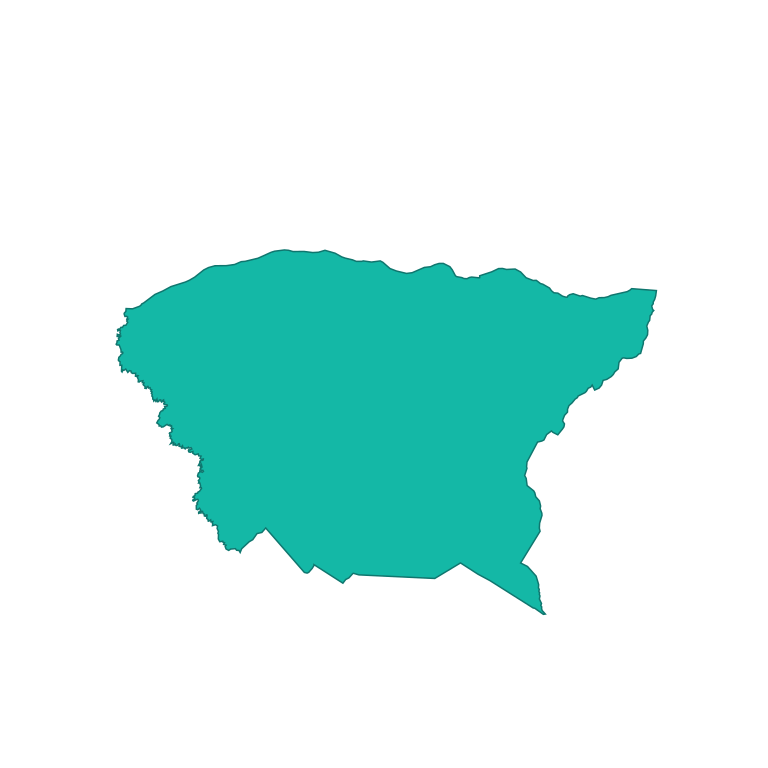 outline of Manaure, La Guajira, Colombia, rotated 32°
{"feature_id": "7082276B63219167188036", "entity_name": "Manaure", "entity_type": "district", "adm_level": 2, "iso_a3": "COL", "parent_name": "Colombia", "parent_adm1": "La Guajira", "projection": "equal_earth", "projection_center": [-72.635, 11.626], "detail": "fine", "context": "isolated", "style": "filled", "palette": "teal", "viewbox_px": 768, "rotation_deg": 32, "n_neighbors": 0, "source": "geoboundaries", "source_scale": "gbopen_adm2", "svg_char_len": 6170}
<svg xmlns="http://www.w3.org/2000/svg" viewBox="0 0 768 768"><g transform="rotate(32 384 384)"><path d="M642.7,493.6L638.2,492.3L636.8,491.1L635.8,489.4L634.3,488.7L633.9,486.7L629.7,484.0L628.6,481.1L627.2,480.1L626.5,478.5L625.4,478.0L624.4,475.8L623.1,475.2L621.5,472.2L614.8,466.3L602.4,462.7L594.7,463.4L594.4,426.2L592.1,423.9L589.7,419.5L587.6,411.7L586.3,409.9L582.5,407.0L581.5,404.5L577.7,400.8L572.4,399.2L569.6,396.4L567.6,395.3L559.2,394.3L554.6,388.7L551.8,387.1L549.9,379.7L548.8,378.7L546.6,374.4L545.0,351.9L548.1,348.7L549.3,346.7L548.7,340.7L550.9,335.1L552.9,335.5L558.3,335.0L559.2,327.8L559.3,325.0L558.2,322.2L555.2,320.8L554.6,319.6L553.7,314.9L554.5,310.6L553.0,308.1L552.3,304.3L553.5,300.3L554.1,295.5L555.2,293.1L555.0,291.3L559.0,284.9L559.5,283.0L559.4,279.4L561.0,277.0L561.1,274.6L565.9,277.5L568.6,273.4L569.1,269.6L567.9,264.8L570.5,262.0L572.8,257.2L573.4,254.4L573.3,251.5L574.6,247.1L571.8,241.1L572.3,236.0L573.4,234.8L576.3,233.7L580.6,230.7L583.4,227.0L584.1,223.6L585.4,222.1L582.6,212.5L581.2,210.1L581.7,206.4L581.4,202.6L579.2,198.6L576.1,195.6L575.4,191.1L575.6,189.4L573.5,185.0L574.0,183.0L573.4,181.1L573.8,178.7L572.4,178.5L569.6,175.9L569.8,173.3L568.9,171.9L568.7,168.8L567.7,165.3L565.5,160.4L543.5,171.9L542.8,174.1L541.3,176.8L529.5,188.5L527.8,191.2L525.0,194.0L520.7,196.8L518.6,199.8L513.9,201.6L505.4,203.8L503.8,205.5L496.6,207.2L494.1,209.9L493.2,212.0L493.4,213.1L492.4,213.9L488.9,214.9L483.3,214.8L479.8,216.6L476.7,216.2L473.5,214.9L465.8,215.2L463.5,215.9L458.2,215.4L455.6,217.2L448.2,218.6L440.5,216.6L434.3,217.0L427.1,222.0L423.3,223.2L420.0,225.4L415.9,231.8L407.8,241.5L408.8,243.1L408.3,243.6L401.6,246.9L400.0,248.4L398.6,250.7L395.9,252.2L393.6,252.5L388.9,254.4L387.3,254.4L381.4,251.0L377.7,249.6L370.4,250.3L366.8,252.6L363.8,256.0L361.3,259.9L356.4,263.8L348.9,274.7L344.5,278.3L334.6,281.6L327.9,282.9L318.6,281.4L315.6,281.6L308.8,287.2L301.2,290.6L300.1,291.8L295.5,294.7L291.5,295.4L284.4,297.8L280.8,298.6L273.2,299.0L263.1,301.9L258.6,307.0L253.9,310.3L245.9,314.0L236.7,319.9L232.2,321.2L228.5,323.1L220.8,329.4L218.5,332.1L210.5,344.1L201.3,353.5L198.1,355.9L194.0,361.8L187.7,367.1L178.0,373.3L173.5,378.2L170.7,382.8L166.8,393.8L164.0,399.1L161.6,402.7L151.7,414.3L147.1,422.4L142.3,429.4L137.2,442.7L136.1,444.5L136.1,446.3L135.3,447.9L130.9,453.5L125.3,456.7L126.6,459.2L126.2,461.6L126.5,462.3L128.5,464.0L129.9,462.9L131.1,463.0L131.6,465.3L132.6,464.7L132.4,466.9L134.0,467.5L134.0,470.9L132.2,472.3L132.2,474.6L130.9,475.3L130.7,477.8L129.8,478.0L129.2,479.0L130.1,480.0L131.2,478.4L132.1,478.2L132.7,480.2L134.0,481.2L133.4,482.8L131.5,483.1L132.5,485.1L133.7,484.6L134.5,482.8L135.4,482.8L134.7,486.1L136.1,487.2L134.8,489.0L135.6,490.3L135.8,492.2L136.6,492.5L138.8,491.3L142.7,494.2L144.2,496.3L145.4,495.5L145.9,495.8L146.2,496.6L145.4,498.4L145.5,500.2L145.0,501.8L145.9,504.2L146.5,504.9L148.3,504.9L150.2,508.1L151.7,507.1L154.6,512.3L155.5,512.6L155.1,510.4L156.1,510.3L157.1,508.2L160.6,509.9L161.0,507.6L162.6,507.1L163.7,508.3L165.3,508.2L167.7,506.5L169.1,509.1L170.3,508.6L170.3,507.6L171.1,507.3L170.9,508.7L173.5,510.5L174.4,512.4L175.3,512.1L175.7,510.9L177.8,509.0L178.3,510.9L179.9,510.3L180.1,512.2L182.9,512.8L183.5,514.3L184.8,513.8L184.6,511.6L185.1,511.1L186.5,512.2L187.6,511.1L188.7,512.4L189.9,512.0L190.1,513.6L191.6,513.7L191.6,515.2L193.0,515.7L193.5,517.2L194.6,517.5L196.0,519.4L197.0,519.5L197.8,520.4L198.1,518.8L199.7,519.6L199.5,517.2L201.3,519.1L202.2,518.3L202.0,516.7L203.0,515.8L204.2,517.0L205.1,517.1L205.1,515.1L205.5,514.3L206.4,515.5L207.7,515.6L207.5,517.1L208.0,517.7L211.2,516.6L211.8,517.2L211.5,518.2L209.8,519.3L211.4,520.6L210.1,522.1L210.5,523.8L209.4,525.0L209.2,527.4L209.9,529.1L209.9,530.8L211.7,531.3L212.1,533.1L211.7,534.5L211.9,537.4L214.7,537.6L215.6,538.8L216.8,537.8L218.1,538.5L219.5,537.3L221.4,533.2L223.1,533.4L224.1,532.1L225.0,533.0L225.9,532.0L226.8,533.1L227.0,534.5L228.5,533.8L228.1,535.4L229.3,536.3L229.3,537.4L228.1,539.0L228.1,539.6L229.4,540.4L229.8,541.7L231.0,541.2L231.4,543.3L233.4,543.4L234.7,545.4L234.7,547.7L236.5,544.9L237.0,545.2L237.3,547.4L238.3,547.1L238.8,545.5L240.0,546.4L240.7,546.1L241.6,544.9L241.4,543.6L242.0,543.1L243.1,544.1L243.2,545.3L245.6,544.8L245.8,543.1L246.4,543.6L246.6,545.4L248.3,544.0L249.8,544.4L250.1,542.9L251.2,542.5L251.5,541.3L252.7,541.7L254.1,540.2L255.5,541.0L254.3,542.8L253.3,543.2L253.4,544.1L254.4,545.0L255.9,544.6L257.7,542.5L258.5,544.0L261.3,544.1L263.5,541.7L264.9,543.1L267.1,542.1L267.4,544.6L269.2,544.6L270.5,543.3L270.9,544.1L270.6,544.9L269.5,545.3L268.8,546.9L269.1,547.7L269.8,547.4L270.1,547.9L269.6,549.1L269.8,551.4L271.2,550.4L271.7,548.9L272.5,549.8L271.7,550.9L272.1,551.6L272.9,551.7L273.1,550.3L273.7,550.9L273.0,553.6L275.0,554.0L276.2,553.2L277.2,553.8L276.7,555.2L273.9,555.4L274.5,556.5L273.8,557.9L274.5,560.6L275.2,561.3L276.8,560.9L277.6,561.3L278.0,562.2L277.8,564.4L279.0,564.9L279.2,566.3L280.4,565.6L282.5,567.7L282.8,569.5L284.0,568.7L284.6,569.3L284.4,572.7L283.5,574.3L283.8,575.4L282.0,577.0L282.8,578.8L281.9,580.4L282.0,581.2L283.3,580.6L284.4,581.7L283.3,583.1L283.6,584.2L284.5,584.2L286.7,580.7L287.5,580.5L288.5,581.5L288.4,584.2L289.5,584.6L289.2,586.5L291.2,589.6L292.7,589.3L293.4,587.1L295.3,588.1L295.4,589.6L294.7,590.9L295.4,591.9L296.3,590.7L297.2,590.5L296.7,588.8L297.6,588.2L299.2,589.7L300.3,589.5L301.6,591.1L302.6,590.8L302.6,589.1L303.4,588.9L304.9,592.0L306.6,592.1L307.5,593.4L308.1,593.2L309.0,591.1L310.3,592.6L311.7,591.4L311.9,592.8L312.8,593.2L313.6,595.0L315.7,592.6L318.1,592.6L319.0,594.9L321.7,596.7L322.2,598.6L323.4,599.3L325.6,603.2L328.3,604.8L330.6,602.8L331.5,603.6L332.8,603.1L333.0,605.0L335.5,604.4L335.4,606.0L337.5,607.6L340.5,607.4L341.4,605.3L345.2,602.4L347.1,603.1L349.3,602.0L351.3,603.1L350.6,599.1L353.3,589.1L355.2,585.6L355.6,578.1L359.1,574.6L360.0,568.8L416.3,586.0L419.0,585.1L420.0,583.6L420.8,578.5L420.8,575.2L420.3,574.3L454.7,574.7L455.1,570.1L457.0,567.0L458.0,561.2L458.5,560.7L463.8,559.2L530.1,522.0L543.7,495.2L564.5,495.5L578.0,494.6L629.2,494.9L630.7,494.3L641.2,494.9L642.7,493.6Z" fill="#14b8a6" stroke="#0f766e" stroke-width="1.5"/></g></svg>